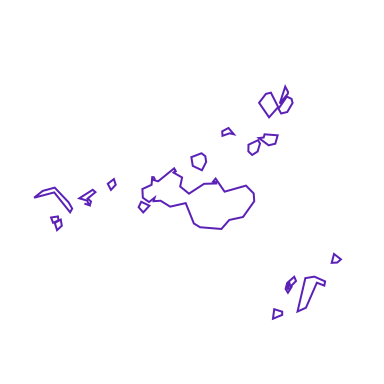 outline of Sulu, Sulu, Philippines, rotated 187°
{"feature_id": "2640588B7308386302326", "entity_name": "Sulu", "entity_type": "district", "adm_level": 2, "iso_a3": "PHL", "parent_name": "Philippines", "parent_adm1": "Sulu", "projection": "natural_earth1", "projection_center": [120.931, 5.941], "detail": "medium", "context": "isolated", "style": "outline", "palette": "violet", "viewbox_px": 384, "rotation_deg": 187, "n_neighbors": 0, "source": "geoboundaries", "source_scale": "gbopen_adm2", "svg_char_len": 1922}
<svg xmlns="http://www.w3.org/2000/svg" viewBox="0 0 384 384"><g transform="rotate(187 192 192)"><path d="M212.8,209.0L211.0,211.2L210.0,209.8L212.6,213.3L226.9,198.5L231.4,199.2L230.7,200.5L231.9,202.1L233.3,201.9L233.0,194.2L241.6,188.9L240.1,180.3L233.4,176.8L228.4,181.8L229.0,178.2L222.1,179.5L211.9,174.8L196.9,180.2L186.3,161.0L179.7,158.0L158.3,158.9L151.6,168.8L138.3,173.4L129.1,190.4L130.6,198.1L139.2,204.9L159.7,196.3L170.2,208.2L172.3,204.9L169.2,204.6L169.0,203.4L181.0,201.6L194.8,190.0L204.4,196.0L203.6,205.2L212.8,209.0ZM72.7,86.2L64.8,91.0L57.0,117.2L49.3,115.2L49.0,119.5L60.2,122.9L69.0,120.3L72.7,86.2ZM124.6,275.5L116.8,286.8L125.8,300.2L130.6,298.4L136.3,288.7L124.6,275.5ZM184.8,214.8L181.6,223.6L183.2,229.2L187.3,231.6L196.9,226.5L194.4,218.0L184.8,214.8ZM310.5,157.0L308.9,160.9L313.2,166.7L328.8,179.6L340.3,174.9L348.0,167.1L328.7,174.8L310.5,157.0ZM116.3,285.2L113.1,280.8L107.2,283.0L103.0,292.7L104.6,296.6L109.5,298.2L116.3,285.2ZM121.6,247.7L115.2,250.1L113.9,258.7L127.0,258.1L127.5,254.8L132.2,253.7L121.6,247.7ZM136.8,236.1L131.8,240.2L130.4,248.4L132.7,251.5L141.7,245.8L141.0,239.2L136.8,236.1ZM297.4,167.4L291.8,166.2L291.1,170.3L294.8,172.8L287.8,180.1L290.8,182.1L303.1,172.0L295.1,170.7L292.4,166.4L297.4,167.4ZM237.9,165.8L232.6,173.2L241.2,176.1L243.1,170.4L237.9,165.8ZM84.5,103.7L81.2,110.9L82.6,108.5L85.1,107.6L84.7,114.8L82.8,110.1L77.9,116.3L80.2,120.3L86.4,113.4L87.3,107.2L84.5,103.7ZM96.2,76.1L87.5,81.0L87.9,84.2L96.1,85.7L96.2,76.1ZM44.7,138.7L39.2,139.7L36.0,143.3L43.5,147.8L44.7,138.7ZM168.6,251.5L161.9,254.8L157.5,254.4L163.6,260.0L169.4,255.9L168.6,251.5ZM272.7,184.2L268.6,189.9L271.1,195.3L276.6,189.9L272.7,184.2ZM112.3,307.9L115.7,290.5L108.9,301.1L108.8,302.9L112.3,307.9ZM321.3,137.7L317.1,142.6L318.9,148.6L324.4,144.6L321.3,137.7ZM326.1,144.5L321.0,147.6L322.1,151.4L328.8,149.5L326.1,144.5Z" fill="none" stroke="#5b21b6" stroke-width="2"/></g></svg>